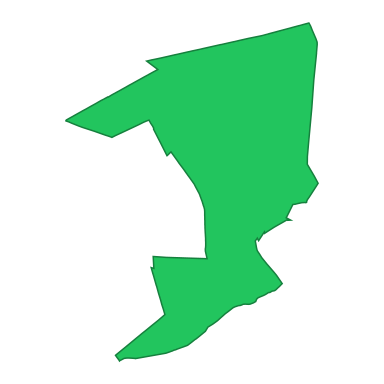 Santa Ana Nopalucan, Tlaxcala, Mexico
{"feature_id": "50627088B6785133078565", "entity_name": "Santa Ana Nopalucan", "entity_type": "district", "adm_level": 2, "iso_a3": "MEX", "parent_name": "Mexico", "parent_adm1": "Tlaxcala", "projection": "orthographic", "projection_center": [-98.337, 19.293], "detail": "fine", "context": "isolated", "style": "filled", "palette": "green", "viewbox_px": 384, "rotation_deg": 0, "n_neighbors": 0, "source": "geoboundaries", "source_scale": "gbopen_adm2", "svg_char_len": 3717}
<svg xmlns="http://www.w3.org/2000/svg" viewBox="0 0 384 384"><path d="M115.5,355.3L116.6,356.9L119.0,360.1L119.5,361.0L120.0,360.5L121.3,359.9L124.1,358.4L126.1,358.1L128.0,358.0L130.7,358.1L134.7,358.4L135.1,358.4L135.3,358.6L165.9,353.2L170.0,351.8L170.6,351.5L171.3,351.3L171.9,351.1L172.5,350.9L173.1,350.6L173.6,350.3L174.3,350.1L175.0,349.9L175.6,349.8L176.3,349.5L176.9,349.2L187.6,345.3L190.5,343.1L191.8,342.1L194.9,339.6L196.1,338.9L205.4,331.3L207.9,327.1L212.8,324.1L217.5,320.7L220.9,317.6L225.3,313.7L229.3,310.7L232.8,307.9L234.7,306.9L236.5,306.3L238.6,305.6L240.1,305.5L241.9,304.9L243.0,304.3L244.1,304.2L245.5,304.1L246.4,304.2L248.7,304.3L250.2,304.1L252.0,303.4L253.6,302.8L254.8,302.0L255.7,301.6L256.2,300.2L256.7,299.1L257.9,297.9L259.3,297.2L261.5,296.3L263.2,295.6L264.9,294.8L266.8,293.7L267.9,292.9L268.9,292.5L269.8,292.5L270.5,292.1L272.2,291.1L273.6,290.9L274.7,290.6L276.0,289.7L277.8,287.9L279.4,286.5L280.8,285.0L282.2,283.6L276.5,275.3L273.7,271.9L266.6,263.7L261.7,257.6L259.8,254.5L257.5,251.1L257.0,249.9L256.5,247.7L255.3,240.9L255.5,240.6L257.2,238.4L257.3,238.2L258.6,240.7L264.1,232.3L264.4,231.9L264.7,233.3L265.1,233.0L273.7,227.5L273.8,227.4L286.8,220.0L287.5,220.3L290.6,220.1L286.2,217.8L287.2,215.9L287.3,215.7L289.1,212.1L292.7,204.8L292.8,204.5L295.2,204.2L297.6,203.6L301.8,202.7L303.5,202.6L305.0,202.5L305.9,202.7L306.7,202.1L306.7,201.2L306.8,200.8L307.5,199.6L307.6,199.4L309.5,196.7L316.1,186.5L318.1,183.3L314.3,176.2L307.3,164.3L307.4,156.4L308.7,141.5L311.8,108.0L313.8,80.0L316.5,53.4L316.5,52.6L317.2,44.4L317.1,42.1L315.9,38.7L312.3,30.4L310.6,26.1L309.2,23.5L309.1,23.2L308.9,23.0L261.2,35.8L248.4,38.4L221.5,44.5L220.7,44.6L212.2,46.5L204.2,48.3L196.2,50.1L191.9,51.0L189.0,51.7L188.3,51.8L176.9,54.4L175.8,54.6L172.7,55.3L168.0,56.4L164.4,57.2L161.8,57.8L154.3,59.4L151.7,59.9L148.0,60.8L146.7,61.1L151.2,64.5L157.8,69.5L157.5,69.7L153.6,71.8L144.1,77.0L140.0,79.3L137.6,80.6L135.6,81.7L131.5,84.0L129.8,84.9L123.8,88.3L111.8,94.9L108.2,97.1L107.9,96.9L102.3,99.9L101.9,100.1L101.4,100.3L100.9,100.6L95.0,104.0L91.0,106.2L85.9,109.1L82.5,110.9L82.0,111.2L81.5,111.5L76.8,114.1L70.2,117.8L66.3,120.0L65.9,120.7L65.9,120.9L68.8,121.9L71.7,123.2L79.2,126.2L80.1,126.5L82.2,127.3L94.2,131.2L105.5,135.2L108.4,136.1L108.7,136.2L111.5,137.2L111.9,137.4L115.6,135.5L123.6,131.8L138.9,124.6L143.7,122.2L145.6,121.4L146.5,121.0L149.0,120.1L149.1,120.3L150.7,123.3L152.6,126.1L153.2,127.3L153.6,127.9L153.6,128.2L153.6,128.6L153.6,129.3L158.7,139.3L159.7,141.2L166.3,154.3L167.0,155.7L167.3,155.5L167.5,155.3L167.6,155.2L171.0,151.9L178.2,161.9L178.6,162.6L181.3,166.2L182.6,167.9L184.0,169.8L185.6,172.1L186.3,173.1L187.2,174.3L187.8,175.2L188.7,176.4L190.1,178.3L191.2,179.9L192.3,181.4L193.2,182.7L194.2,184.1L194.8,185.3L195.5,186.7L196.2,188.0L196.9,189.3L197.5,190.4L198.1,191.6L198.7,192.6L199.3,193.8L199.7,194.8L199.9,195.2L200.2,196.3L200.7,197.5L201.1,198.7L202.0,201.0L202.4,202.2L202.7,203.4L203.1,204.5L203.4,205.7L203.9,206.9L204.2,208.1L204.5,209.2L204.6,210.5L204.7,211.8L204.7,213.0L204.7,214.3L204.7,215.5L204.8,216.9L204.8,217.5L204.8,218.2L204.8,219.5L204.9,220.9L204.9,222.2L204.9,223.6L204.9,225.0L205.0,225.6L205.0,226.2L205.0,227.7L205.1,229.6L205.2,231.6L205.3,233.4L205.4,234.6L205.4,235.0L205.5,236.7L205.6,238.4L205.6,240.0L205.6,241.0L205.7,241.8L205.7,243.5L205.7,245.4L205.6,247.2L205.3,249.1L205.4,251.3L207.1,258.7L190.6,258.2L166.2,257.4L153.2,256.5L153.8,267.6L153.9,268.4L151.2,267.6L152.7,273.0L153.6,275.9L156.2,285.1L156.7,286.5L158.5,293.1L160.6,300.0L161.8,304.5L163.3,309.1L164.9,314.6L157.8,320.7L151.6,325.7L145.5,330.7L142.2,333.3L130.0,343.4L115.5,355.3Z" fill="#22c55e" stroke="#15803d" stroke-width="1.5"/></svg>